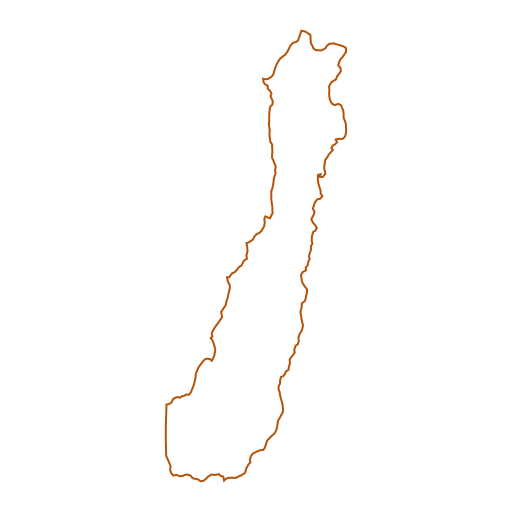 Presidente Prudente, São Paulo, Brazil
{"feature_id": "56859067B23214065366265", "entity_name": "Presidente Prudente", "entity_type": "district", "adm_level": 2, "iso_a3": "BRA", "parent_name": "Brazil", "parent_adm1": "São Paulo", "projection": "equal_earth", "projection_center": [-51.331, -21.964], "detail": "fine", "context": "isolated", "style": "outline", "palette": "amber", "viewbox_px": 512, "rotation_deg": 0, "n_neighbors": 0, "source": "geoboundaries", "source_scale": "gbopen_adm2", "svg_char_len": 4252}
<svg xmlns="http://www.w3.org/2000/svg" viewBox="0 0 512 512"><path d="M228.9,292.0L227.7,297.7L226.5,300.9L225.7,305.2L223.4,308.5L221.1,312.0L222.1,317.0L220.0,320.2L218.3,322.8L216.1,325.6L213.5,329.6L211.7,333.1L212.4,336.5L210.7,338.1L212.2,339.8L213.2,342.1L214.4,345.9L215.3,350.0L214.4,355.1L213.0,358.6L211.7,360.8L210.1,359.2L206.9,358.6L204.5,359.6L202.4,362.2L200.1,365.1L198.3,367.8L197.2,370.3L195.7,374.2L195.5,378.0L194.8,380.9L194.0,384.3L192.3,388.8L190.9,392.3L188.9,394.8L186.4,394.5L183.8,396.0L181.6,396.4L179.9,397.8L177.7,397.0L175.3,397.7L173.0,399.2L171.6,402.4L169.1,404.0L166.5,404.5L165.8,426.3L165.8,431.0L165.8,434.5L165.8,441.0L166.2,455.9L167.9,459.6L169.1,462.6L170.5,465.7L170.1,469.9L171.3,473.3L173.2,475.5L176.2,474.9L180.1,476.3L182.8,475.9L184.7,474.9L187.6,474.6L190.6,475.6L192.6,478.1L195.2,478.9L197.7,479.2L200.7,481.3L202.9,481.0L205.3,479.5L208.0,476.7L211.2,474.6L214.3,474.9L216.5,474.7L219.0,474.2L220.5,475.9L223.2,476.5L224.1,480.6L226.0,478.8L228.5,477.8L230.6,477.8L233.4,477.8L236.4,477.8L238.5,476.4L241.0,475.5L245.0,472.9L246.3,468.3L248.7,464.1L250.4,462.5L249.9,459.7L250.7,456.7L252.2,454.1L254.5,452.7L257.4,451.3L260.4,450.2L263.3,449.9L264.7,447.9L266.0,444.2L267.1,440.6L268.7,439.0L270.5,437.1L272.1,435.5L274.8,433.1L276.4,429.8L277.4,425.4L278.0,420.6L279.7,418.0L281.1,415.2L282.9,412.0L283.0,408.9L282.6,405.0L281.5,400.6L280.1,395.4L279.6,392.0L278.6,389.4L278.7,386.2L280.0,383.6L280.1,380.3L281.0,377.0L283.3,376.1L284.9,374.1L285.9,371.4L288.4,370.0L288.9,366.8L290.0,363.1L289.6,359.9L291.3,357.0L293.0,355.1L294.7,352.6L294.3,349.6L295.7,345.6L297.7,344.3L298.7,341.5L298.5,337.3L299.9,333.5L301.9,330.3L303.0,325.6L302.2,322.0L301.5,319.5L301.3,316.6L300.4,312.0L301.5,307.8L301.9,303.4L305.1,300.8L306.2,295.7L307.0,292.2L307.1,289.4L304.9,286.7L303.3,284.1L301.8,281.4L301.5,278.0L300.9,275.1L302.8,272.0L306.0,270.3L305.7,267.5L307.7,265.3L308.3,261.8L309.6,258.8L309.0,256.3L309.7,253.4L311.0,249.7L310.9,246.2L312.4,243.7L311.7,240.5L311.9,236.4L313.3,231.8L315.4,230.7L316.8,227.8L315.1,225.2L312.8,222.4L311.3,219.3L312.5,217.0L313.9,214.3L314.5,211.6L312.9,208.9L313.9,205.2L315.4,201.5L317.2,199.4L320.2,198.7L322.4,196.1L320.7,193.8L320.6,191.0L319.8,188.2L318.9,185.4L318.1,182.1L317.8,178.9L318.0,175.0L320.5,174.2L319.8,176.8L322.6,177.0L325.4,173.9L324.3,168.8L324.3,165.9L324.8,163.2L325.3,159.8L327.2,157.4L328.7,154.6L330.7,152.3L332.9,150.0L331.4,148.2L332.6,145.6L334.8,144.5L337.1,142.2L335.6,139.6L337.6,138.9L340.1,138.9L342.7,138.9L345.0,136.6L345.9,133.3L346.2,129.5L345.9,126.9L345.9,124.1L345.1,121.4L343.6,117.8L343.6,113.6L343.2,110.5L342.2,108.0L341.2,105.5L338.5,103.8L334.7,105.1L332.3,103.9L330.8,101.7L329.7,99.1L329.1,93.9L329.4,90.0L329.0,86.7L330.2,84.1L331.9,81.8L335.9,79.5L337.0,76.5L338.7,74.4L340.9,71.2L340.4,67.7L338.2,65.6L338.9,62.7L340.4,59.4L342.3,57.3L344.1,54.8L346.0,51.9L346.0,48.1L343.5,46.4L340.0,45.2L336.2,44.2L334.0,43.4L331.9,43.6L329.5,43.7L326.9,45.8L325.4,48.3L321.3,50.5L319.0,50.2L316.4,50.3L313.7,48.9L312.1,45.4L310.8,42.8L310.6,39.1L310.3,34.8L305.4,31.6L301.4,30.7L299.5,36.3L298.0,40.5L295.9,42.1L293.1,42.7L290.5,45.5L289.0,48.5L287.5,51.6L285.1,54.8L282.1,56.9L279.7,59.1L278.3,61.4L276.9,63.7L275.3,67.7L274.1,71.4L273.2,74.8L270.8,77.3L268.0,78.9L266.0,79.3L263.1,78.8L263.7,82.6L265.5,84.6L267.7,85.7L267.7,88.6L269.9,90.7L271.5,93.7L270.5,96.1L271.8,99.0L272.9,101.8L272.2,104.8L270.3,106.6L269.7,109.2L269.3,113.0L269.2,116.3L269.2,120.4L268.9,124.0L269.2,127.0L269.8,130.2L269.4,134.0L269.9,138.8L270.4,142.0L272.1,144.4L272.2,148.2L272.4,151.6L272.1,154.9L272.1,157.9L273.6,161.0L274.6,163.7L275.8,166.9L275.0,170.1L275.7,172.9L274.7,175.8L273.8,179.0L273.3,183.7L272.4,188.4L271.2,191.4L271.4,195.7L271.2,198.6L271.6,201.8L272.4,207.3L272.4,210.1L272.6,213.1L271.1,215.9L270.0,218.3L265.3,216.4L264.3,219.1L264.8,222.6L264.1,226.2L262.9,228.5L261.5,230.8L259.8,232.6L256.5,234.2L254.5,236.4L253.0,239.5L248.5,242.5L246.5,243.0L247.2,246.9L247.5,251.4L246.4,255.4L246.9,258.8L244.2,260.4L242.8,262.8L241.4,265.6L238.9,267.1L236.8,270.0L234.5,272.3L232.2,273.3L230.7,275.0L229.3,277.2L227.0,277.3L227.8,281.4L229.5,284.5L230.0,287.5L228.9,292.0Z" fill="none" stroke="#b45309" stroke-width="2"/></svg>